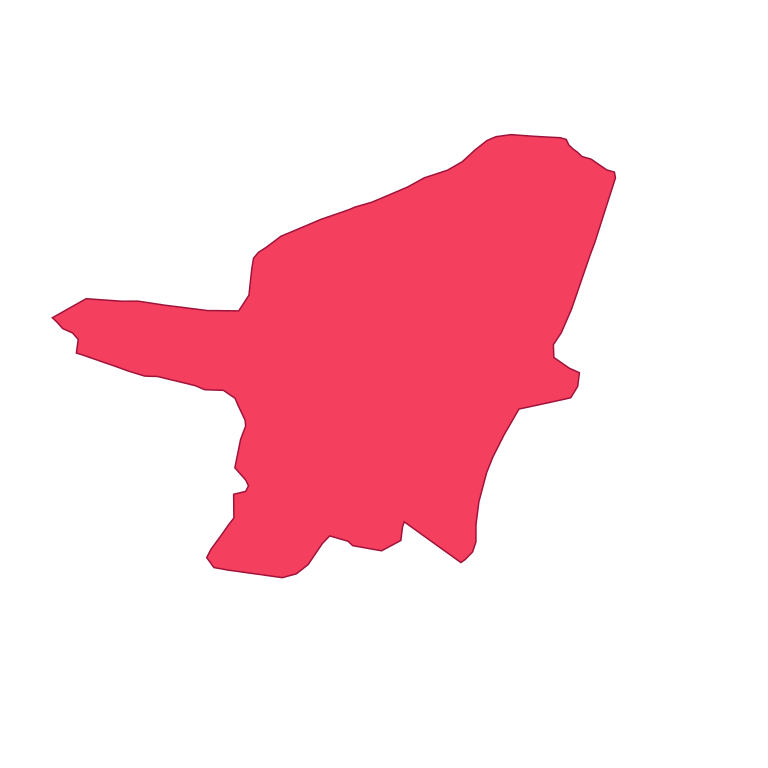 Farshut, Qina, Egypt (Equal Earth projection), rotated 250°
{"feature_id": "37247803B34364320668484", "entity_name": "Farshut", "entity_type": "district", "adm_level": 2, "iso_a3": "EGY", "parent_name": "Egypt", "parent_adm1": "Qina", "projection": "equal_earth", "projection_center": [32.162, 26.057], "detail": "fine", "context": "isolated", "style": "filled", "palette": "rose", "viewbox_px": 768, "rotation_deg": 250, "n_neighbors": 0, "source": "geoboundaries", "source_scale": "gbopen_adm2", "svg_char_len": 1717}
<svg xmlns="http://www.w3.org/2000/svg" viewBox="0 0 768 768"><g transform="rotate(250 384 384)"><path d="M189.9,395.2L191.4,400.5L195.9,409.8L204.2,416.4L220.5,422.4L240.9,432.9L265.8,450.3L275.4,458.9L278.3,461.5L295.2,479.5L314.3,502.3L309.9,534.1L307.2,554.8L315.5,565.2L327.8,571.5L335.4,563.6L350.8,552.7L363.0,556.6L371.5,568.1L390.4,586.0L434.1,621.3L444.5,630.2L498.5,672.0L504.3,673.0L509.0,666.5L511.6,664.7L516.7,661.0L524.4,655.6L530.0,647.9L535.8,645.0L539.7,642.3L545.5,639.4L551.5,638.9L555.2,633.8L560.5,621.2L565.9,608.7L574.9,588.6L578.1,573.8L577.6,564.1L572.9,549.9L566.1,533.5L563.2,516.7L564.0,492.4L561.0,473.2L560.9,470.8L559.3,440.6L559.0,434.6L560.2,417.5L559.8,410.3L560.3,381.1L559.3,361.8L558.1,337.7L552.7,320.0L550.7,311.1L546.8,304.4L545.0,303.4L537.7,299.3L527.8,294.4L515.2,288.2L513.8,287.6L502.4,272.5L506.9,260.5L510.4,251.3L513.3,243.4L521.4,227.7L522.1,226.3L533.2,204.6L546.1,181.0L550.4,168.9L551.4,166.1L566.0,133.3L565.6,130.6L559.7,95.0L553.9,97.9L546.0,101.0L538.5,108.8L530.4,111.9L518.3,105.5L514.5,110.5L511.6,114.1L507.9,118.6L500.4,127.8L496.6,132.5L489.3,141.4L488.2,142.7L483.9,147.8L478.5,154.9L473.3,161.8L470.8,167.9L468.7,173.4L467.7,175.0L465.2,178.7L460.6,185.6L446.9,206.2L440.0,213.5L432.9,231.0L421.4,239.2L414.7,239.5L397.5,241.1L391.8,239.6L381.0,230.3L356.3,215.2L342.0,220.8L340.6,221.3L334.6,221.8L330.4,217.2L331.8,205.0L323.3,202.0L309.4,197.1L305.1,190.1L298.6,180.9L287.8,164.8L281.5,158.0L269.7,161.4L262.3,174.1L236.8,222.2L235.6,236.8L238.2,244.7L240.3,251.0L255.3,271.7L259.8,281.0L248.6,296.4L242.8,299.3L235.4,312.0L228.1,324.7L231.2,346.3L243.5,352.6L247.5,355.9L189.9,395.2Z" fill="#f43f5e" stroke="#9f1239" stroke-width="1.5"/></g></svg>